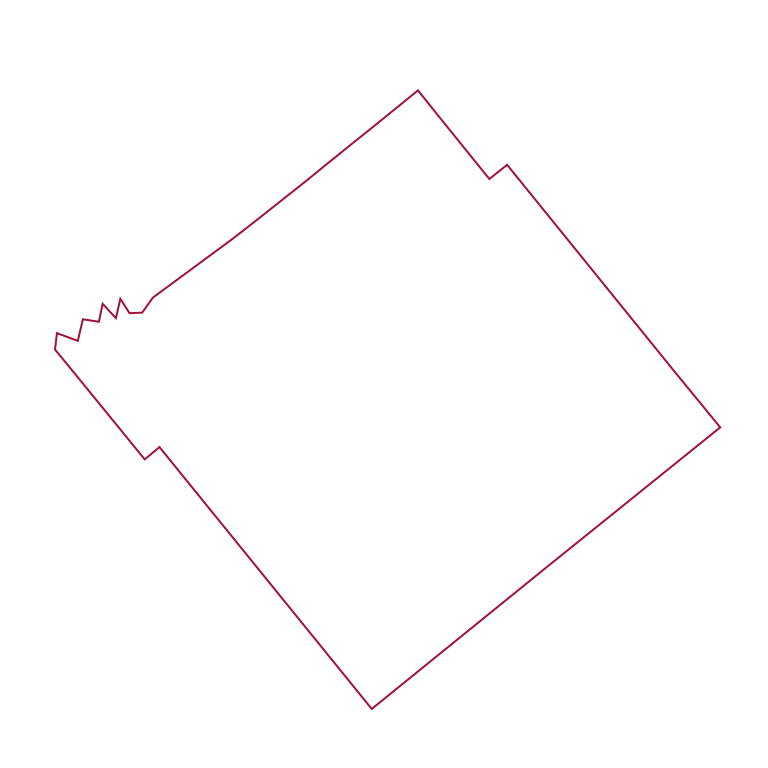 Polk, Iowa, United States of America (Albers equal-area conic projection), rotated 141°
{"feature_id": "52423323B92251381588523", "entity_name": "Polk", "entity_type": "district", "adm_level": 2, "iso_a3": "USA", "parent_name": "United States of America", "parent_adm1": "Iowa", "projection": "albers", "projection_center": [-93.57, 41.673], "detail": "fine", "context": "isolated", "style": "outline", "palette": "rose", "viewbox_px": 768, "rotation_deg": 141, "n_neighbors": 0, "source": "geoboundaries", "source_scale": "gbopen_adm2", "svg_char_len": 574}
<svg xmlns="http://www.w3.org/2000/svg" viewBox="0 0 768 768"><g transform="rotate(141 384 384)"><path d="M262.7,139.0L150.0,138.7L150.4,215.1L150.4,435.1L150.4,458.4L150.4,476.9L173.1,477.0L173.1,497.6L173.0,563.2L172.8,590.8L229.3,590.7L261.9,590.9L299.3,590.9L313.1,590.8L378.2,591.5L410.2,592.1L509.3,596.6L527.0,591.6L537.2,599.2L535.3,616.1L550.9,603.9L552.2,623.4L566.4,611.8L577.3,623.8L594.8,610.2L606.2,629.3L618.0,617.8L617.8,596.0L617.4,476.0L598.2,476.3L598.0,139.2L374.9,139.3L272.3,139.0L262.7,139.0Z" fill="none" stroke="#9f1239" stroke-width="2"/></g></svg>